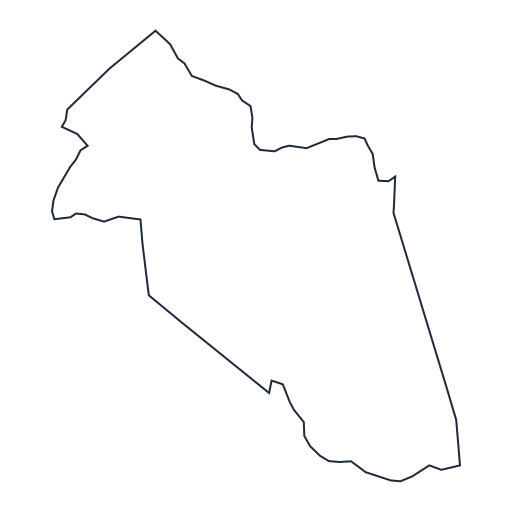 the district of Pedro Velho, Rio Grande do Norte, Brazil
{"feature_id": "56859067B99924814436058", "entity_name": "Pedro Velho", "entity_type": "district", "adm_level": 2, "iso_a3": "BRA", "parent_name": "Brazil", "parent_adm1": "Rio Grande do Norte", "projection": "orthographic", "projection_center": [-35.235, -6.465], "detail": "fine", "context": "isolated", "style": "outline", "palette": "slate", "viewbox_px": 512, "rotation_deg": 0, "n_neighbors": 0, "source": "geoboundaries", "source_scale": "gbopen_adm2", "svg_char_len": 1036}
<svg xmlns="http://www.w3.org/2000/svg" viewBox="0 0 512 512"><path d="M155.5,30.7L109.8,68.3L67.3,109.5L65.6,120.3L61.8,126.8L77.3,134.0L87.6,145.8L80.5,150.3L76.1,159.3L70.0,167.2L58.0,187.6L53.5,200.4L52.0,211.3L54.4,219.2L70.4,217.3L76.1,213.5L84.7,214.4L92.5,218.2L104.1,221.6L118.7,216.6L140.5,219.5L141.7,234.3L142.4,243.0L148.8,295.3L181.7,322.5L269.1,393.0L271.6,380.6L282.8,384.3L289.7,401.9L294.0,410.0L303.8,422.1L304.3,435.9L310.1,446.2L320.3,456.0L328.9,461.1L339.4,462.0L351.1,461.3L365.7,472.2L390.7,480.4L400.4,481.3L412.4,476.3L429.3,465.4L441.3,469.8L460.0,465.4L456.2,419.9L446.9,388.6L393.5,212.9L394.0,205.0L395.2,176.6L388.5,181.2L378.4,180.7L374.6,167.6L372.7,154.0L367.5,145.0L364.6,138.5L356.2,136.2L347.3,136.6L336.4,139.0L329.2,139.0L306.5,148.2L289.2,145.7L282.1,147.5L274.6,151.3L260.0,149.9L254.3,144.1L251.7,127.5L252.4,117.7L250.5,106.1L242.1,100.5L237.8,94.0L229.4,89.5L216.1,85.8L204.1,80.5L191.9,76.0L184.3,63.2L178.0,58.6L170.1,44.2L155.5,30.7Z" fill="none" stroke="#1e293b" stroke-width="2"/></svg>